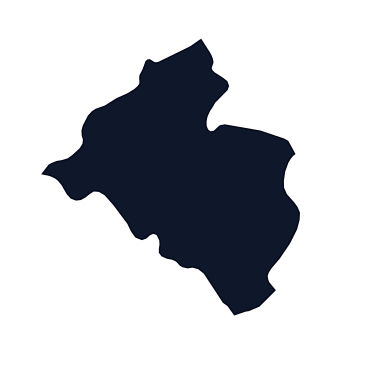 the border of Mila, rotated 322°
{"feature_id": "DZA-2220", "entity_name": "Mila", "entity_type": "Province", "adm_level": 1, "iso_a3": "DZA", "parent_name": "Algeria", "parent_adm1": "", "projection": "equal_earth", "projection_center": [6.134, 36.259], "detail": "fine", "context": "isolated", "style": "filled", "palette": "ink", "viewbox_px": 384, "rotation_deg": 322, "n_neighbors": 0, "source": "natural_earth", "source_scale": "10m", "svg_char_len": 1655}
<svg xmlns="http://www.w3.org/2000/svg" viewBox="0 0 384 384"><g transform="rotate(322 192 192)"><path d="M105.0,130.0L99.8,129.2L95.8,126.8L93.1,122.3L92.7,116.6L94.2,106.1L94.0,100.1L92.9,96.2L90.9,92.4L89.4,90.2L85.4,85.6L95.8,82.9L99.0,83.4L104.2,84.9L108.3,87.2L114.5,89.7L121.1,89.9L130.6,89.1L135.9,87.1L139.0,83.9L140.4,80.2L143.2,76.1L147.3,73.0L157.3,68.4L162.7,67.5L167.0,67.8L176.3,70.9L190.6,72.4L201.3,75.1L209.8,76.1L214.7,75.8L217.8,74.7L219.4,72.7L221.0,70.3L222.8,68.3L228.8,65.6L236.1,61.0L238.4,60.9L240.0,61.9L241.5,66.3L242.7,68.0L245.1,69.4L280.1,76.8L292.8,77.5L291.3,93.5L290.7,96.7L289.7,99.7L288.7,101.8L287.7,103.0L283.8,105.5L282.9,106.5L282.4,108.7L282.7,111.7L286.0,121.0L287.3,126.4L285.9,130.8L282.5,132.9L265.0,135.2L258.9,137.7L256.2,138.4L250.8,141.2L248.5,142.9L246.0,145.3L243.5,148.7L242.4,152.7L243.3,156.0L246.8,157.9L254.5,157.2L258.9,159.3L283.3,186.3L297.2,207.5L298.6,211.1L296.3,225.1L294.0,225.0L289.8,226.0L285.7,227.6L277.5,232.7L270.4,239.6L266.5,245.0L264.7,252.1L265.4,263.1L265.2,268.7L263.7,274.3L259.0,279.8L251.4,285.5L237.3,292.2L220.0,297.8L207.8,300.3L202.5,302.1L199.3,304.3L197.4,307.8L196.6,310.6L196.8,320.4L174.8,323.1L163.8,320.2L160.7,318.5L150.0,314.8L150.5,303.8L148.9,298.2L151.8,263.6L150.1,256.4L146.3,251.3L142.0,248.9L138.8,245.0L137.8,242.4L137.5,238.0L136.9,235.8L135.2,232.6L131.9,228.9L129.1,223.7L129.2,219.8L131.5,216.8L134.5,214.0L137.1,210.3L138.4,203.9L136.2,200.4L132.4,199.5L127.5,199.8L123.4,198.5L120.1,192.9L120.4,185.8L122.2,177.3L122.7,154.3L121.9,140.5L119.3,134.1L115.2,130.4L110.2,129.9L105.0,130.0Z" fill="#0f172a" stroke="#020617" stroke-width="1.5"/></g></svg>